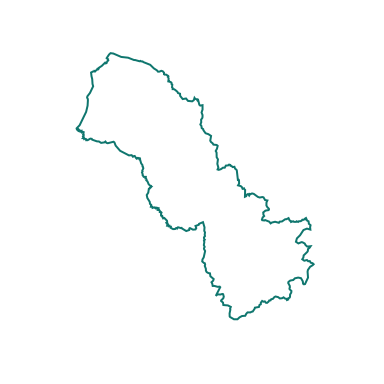 Tha Chang, Surat Thani, Thailand (Natural Earth projection), rotated 204°
{"feature_id": "78962969B72176569689824", "entity_name": "Tha Chang", "entity_type": "district", "adm_level": 2, "iso_a3": "THA", "parent_name": "Thailand", "parent_adm1": "Surat Thani", "projection": "natural_earth1", "projection_center": [98.956, 9.358], "detail": "fine", "context": "isolated", "style": "outline", "palette": "teal", "viewbox_px": 384, "rotation_deg": 204, "n_neighbors": 0, "source": "geoboundaries", "source_scale": "gbopen_adm2", "svg_char_len": 6044}
<svg xmlns="http://www.w3.org/2000/svg" viewBox="0 0 384 384"><g transform="rotate(204 192 192)"><path d="M128.0,106.8L127.0,108.9L124.5,109.8L122.8,111.2L122.0,111.3L120.4,109.3L120.2,107.6L121.3,104.8L121.1,104.3L118.7,103.6L117.4,101.5L113.0,103.0L109.8,102.8L109.7,100.8L109.1,100.1L108.3,96.4L107.0,93.7L106.4,93.3L101.9,92.8L98.7,94.2L97.6,96.8L95.9,99.0L93.0,100.6L92.9,102.8L92.3,104.6L89.6,105.8L89.0,106.7L87.9,107.5L87.3,110.9L87.5,111.9L84.1,114.2L84.4,116.3L83.5,117.4L84.1,118.9L83.6,121.0L82.2,120.8L81.0,121.7L79.5,120.9L78.4,121.2L77.5,122.9L77.3,124.4L76.2,124.9L76.0,126.3L74.7,127.2L74.0,129.5L73.2,130.5L70.6,131.0L68.4,130.5L66.5,131.6L65.5,133.0L63.8,132.5L62.4,132.8L61.3,131.9L60.4,132.9L60.9,133.9L59.9,135.1L59.8,136.0L60.7,138.3L60.4,140.4L60.9,142.0L63.3,142.9L63.8,143.7L63.8,144.7L64.5,146.0L67.1,148.0L67.3,149.1L66.2,151.1L63.7,152.8L62.9,155.0L60.2,157.0L57.4,157.6L54.5,155.5L53.2,153.4L52.2,153.2L51.3,153.9L51.2,161.0L54.0,166.2L54.4,167.9L53.7,171.7L52.0,174.2L51.5,175.5L52.9,176.0L54.8,175.7L56.3,176.8L57.7,176.0L59.3,176.6L61.5,174.9L63.9,175.4L63.6,177.4L64.2,179.5L62.3,184.2L62.2,185.3L62.8,187.0L61.9,188.9L61.6,190.7L64.5,189.0L66.7,189.7L68.1,190.8L70.6,191.0L71.6,190.7L73.9,188.3L76.8,188.8L77.3,192.3L75.7,196.4L74.7,202.6L72.1,205.3L68.6,205.8L69.8,207.9L70.2,209.9L72.3,210.5L73.6,212.6L75.2,212.7L77.3,214.6L77.9,213.7L77.7,213.2L78.1,213.2L78.7,212.0L79.9,211.6L80.2,210.4L80.9,209.5L82.5,208.7L82.9,207.8L84.5,207.8L84.8,207.0L86.8,206.2L87.7,206.4L89.3,204.9L89.9,205.7L91.1,205.6L93.2,207.4L94.6,205.6L95.8,205.0L97.8,201.7L99.9,200.5L100.1,199.2L104.0,198.6L106.6,196.6L107.4,195.3L109.3,196.3L113.8,196.1L114.3,195.4L116.4,194.8L116.9,195.2L117.1,197.5L116.3,199.4L117.5,200.3L118.6,202.3L117.3,204.9L114.7,206.6L114.6,207.4L115.0,208.0L117.0,208.8L118.5,209.9L119.7,212.7L119.7,214.9L122.0,214.4L124.5,216.2L125.7,216.0L127.9,214.5L129.8,214.3L134.8,215.4L136.6,215.1L137.4,214.1L139.0,213.6L139.1,213.1L138.2,212.7L138.3,212.0L139.6,212.8L140.4,212.6L140.9,211.5L140.8,210.2L141.7,209.2L144.3,215.5L145.3,215.8L146.0,216.5L147.1,215.5L148.5,216.8L149.9,217.2L152.6,216.8L152.4,218.9L153.9,221.9L154.4,222.2L155.0,221.7L159.7,229.7L160.4,230.4L162.2,230.9L163.5,232.3L165.0,231.3L166.4,231.8L167.5,231.6L168.0,232.3L169.3,232.1L169.8,231.0L171.8,229.9L172.0,227.5L173.5,226.9L174.9,224.6L176.6,223.1L177.8,223.0L177.9,225.1L180.3,228.0L181.6,232.4L183.6,233.8L185.6,238.0L187.0,239.1L186.8,241.7L187.3,244.6L188.6,245.0L191.7,244.0L193.0,244.9L195.0,245.4L196.2,246.3L197.4,251.0L200.6,251.5L203.5,251.2L206.6,253.0L207.4,254.0L209.1,254.3L210.3,256.2L211.8,257.0L211.9,259.4L213.1,261.8L212.7,263.7L212.9,264.8L213.7,266.6L215.6,268.5L215.9,271.6L217.7,275.6L219.6,274.3L220.8,274.7L224.1,278.9L224.5,278.9L224.6,278.1L225.3,278.6L227.0,278.4L228.0,279.0L227.7,276.6L228.7,274.9L232.7,273.6L235.5,275.0L238.3,273.1L241.9,275.0L242.9,276.9L245.0,276.7L246.1,277.6L248.8,278.4L250.3,278.6L251.5,278.1L251.9,279.1L252.8,279.5L253.7,282.1L254.6,282.3L255.0,283.3L256.2,283.8L257.7,283.5L258.0,284.0L258.7,283.6L259.4,286.0L260.6,287.3L260.6,287.7L261.0,287.6L261.2,288.4L263.5,288.7L264.7,288.1L265.5,288.2L266.1,289.6L267.9,290.4L269.4,290.2L270.6,288.8L272.0,288.1L273.6,288.9L277.1,289.4L281.9,291.2L289.4,290.9L290.2,291.2L291.7,290.6L292.4,290.8L293.1,290.1L297.8,289.4L298.5,289.0L305.0,288.7L311.6,286.6L320.2,286.5L322.9,285.7L323.7,283.8L324.4,279.6L322.7,279.2L322.7,278.4L322.1,278.2L322.7,275.6L322.5,275.0L323.1,274.4L324.0,274.8L325.7,270.5L327.7,267.4L327.4,266.8L327.5,266.3L327.9,266.5L328.5,266.1L328.6,264.7L329.4,263.6L329.5,262.9L330.3,262.9L330.2,262.4L331.3,262.0L332.8,260.1L330.9,256.9L329.1,254.6L326.8,250.2L325.3,248.4L325.5,241.0L326.5,236.8L326.2,235.5L325.0,234.6L324.3,233.2L322.5,228.4L321.3,222.1L321.8,207.3L323.3,203.2L322.5,202.2L321.9,202.3L321.3,203.2L320.8,203.0L320.9,201.7L320.5,201.5L319.7,202.2L318.8,201.7L318.6,202.6L318.0,202.4L317.7,202.9L317.0,201.9L316.7,202.5L315.3,202.6L314.9,200.4L314.4,200.5L314.0,199.9L314.2,198.4L313.2,198.1L313.5,196.9L313.0,197.1L312.3,196.6L312.2,197.0L310.1,197.2L309.7,196.3L308.4,196.9L306.6,199.4L305.2,199.8L304.5,199.2L299.4,199.6L297.6,200.3L295.0,199.9L292.2,201.7L291.6,202.9L290.2,202.1L288.8,202.3L284.1,206.0L283.0,205.7L280.6,203.3L274.4,200.4L264.5,199.8L262.1,201.1L260.3,200.2L259.8,201.1L259.0,201.6L256.8,200.2L255.9,200.8L255.7,200.3L254.9,201.2L253.3,201.6L252.9,201.1L253.1,200.3L252.3,200.1L250.1,197.5L248.2,196.4L247.5,195.1L247.0,195.0L246.1,193.8L246.1,191.2L245.5,190.6L245.7,189.6L244.2,188.1L244.1,187.4L242.3,186.2L240.4,187.0L240.1,185.7L239.7,185.9L238.5,184.8L238.5,184.1L237.0,183.6L234.8,181.5L232.7,180.7L232.0,180.9L231.6,180.1L231.3,180.2L231.7,178.9L232.3,178.6L232.2,177.7L232.7,177.3L231.7,173.6L232.1,170.8L230.4,168.4L226.6,165.8L225.6,164.1L224.1,163.7L223.6,161.8L222.4,162.4L221.6,161.4L220.3,162.6L219.7,162.4L219.0,162.9L218.8,162.4L218.0,162.2L217.3,163.4L216.0,163.6L216.0,162.7L215.4,162.6L215.6,161.8L214.7,162.1L213.8,161.8L213.3,160.6L212.3,161.1L211.5,160.8L211.5,159.7L210.7,157.9L209.6,158.1L209.4,157.5L207.7,156.2L207.3,157.0L206.7,157.0L203.2,155.6L202.4,154.4L202.4,153.4L202.7,153.3L202.4,153.0L201.6,153.3L200.4,152.4L201.1,152.0L201.0,151.1L199.1,151.9L199.0,151.2L197.2,151.7L196.9,150.6L194.2,150.4L192.4,151.3L192.1,152.3L191.0,153.2L190.7,152.9L190.4,154.1L187.5,154.5L186.9,155.0L186.3,154.6L181.4,154.0L179.1,156.1L179.6,157.6L179.2,158.2L175.8,158.0L173.6,159.2L173.4,160.7L175.0,162.4L172.5,164.8L172.6,165.8L169.7,168.9L166.2,164.8L165.0,161.5L163.7,160.4L163.0,158.1L162.2,157.0L162.6,155.4L161.8,154.0L160.9,153.6L161.3,152.4L160.4,151.4L159.6,148.3L158.1,147.0L158.2,145.5L157.8,144.8L156.0,143.4L154.7,137.0L155.0,134.7L154.4,132.7L152.2,132.0L151.3,132.1L150.4,130.9L150.3,129.7L148.1,127.5L147.3,125.8L146.0,124.8L144.0,124.6L142.5,125.0L140.9,122.5L136.8,121.3L136.6,119.6L137.5,117.5L136.2,116.5L134.9,114.6L133.4,115.3L130.0,115.8L128.2,116.8L127.5,116.5L128.0,106.8Z" fill="none" stroke="#0f766e" stroke-width="2"/></g></svg>